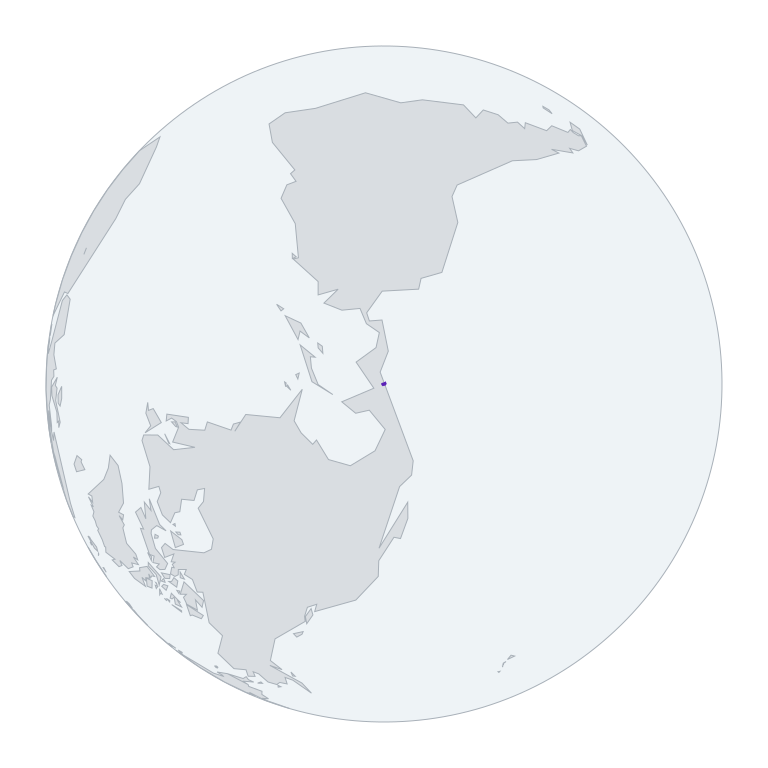 globe centered on Santa Ana, rotated 230°
{"feature_id": "SLV-1358", "entity_name": "Santa Ana", "entity_type": "Department", "adm_level": 1, "iso_a3": "SLV", "parent_name": "El Salvador", "parent_adm1": "", "projection": "orthographic", "projection_center": [-89.512, 14.11], "detail": "medium", "context": "on_globe", "style": "filled", "palette": "violet", "viewbox_px": 768, "rotation_deg": 230, "n_neighbors": 0, "source": "natural_earth", "source_scale": "10m", "svg_char_len": 8998}
<svg xmlns="http://www.w3.org/2000/svg" viewBox="0 0 768 768"><g transform="rotate(230 384 384)"><circle cx="384" cy="384" r="338" fill="#eef3f6" stroke="#a8b0b8"/><path d="M449.7,416.5L441.7,413.3L434.3,423.6L406.4,408.4L395.6,388.7L306.4,357.0L296.5,346.6L295.4,330.0L261.4,274.6L278.2,326.2L265.7,315.9L255.0,297.3L260.2,293.1L252.0,266.4L240.3,255.9L236.6,223.5L254.2,184.6L258.5,190.9L262.2,181.8L257.1,173.8L252.8,171.0L258.8,136.7L245.2,119.2L230.7,122.3L241.8,115.7L207.7,128.9L193.8,129.7L215.7,123.8L222.8,119.6L216.5,117.0L222.4,112.3L222.7,108.7L230.3,103.6L242.5,101.7L247.7,98.8L242.9,97.3L247.5,92.1L253.8,94.6L262.4,86.1L284.5,83.7L295.0,98.5L313.5,96.6L340.9,111.4L344.7,107.2L357.4,111.6L366.5,108.7L369.0,113.3L374.1,107.2L370.1,103.7L371.0,100.1L375.9,98.5L380.0,103.6L378.1,105.2L381.9,105.9L381.8,109.4L384.6,106.7L388.9,113.8L392.1,104.5L401.7,108.4L402.6,113.8L392.8,116.0L370.4,137.6L368.3,145.6L375.1,153.6L408.3,161.8L410.0,170.2L419.3,179.4L422.9,173.0L416.9,163.6L425.8,154.9L417.4,145.5L419.8,141.0L415.0,131.3L426.2,130.1L439.7,134.7L444.2,143.1L450.3,145.7L454.5,136.2L471.1,151.6L496.3,162.3L499.4,167.2L490.3,177.9L468.9,180.6L457.0,198.5L475.4,184.8L482.9,198.9L488.6,200.8L494.4,199.4L495.7,193.4L500.5,198.3L484.2,212.7L479.6,208.4L484.8,203.6L474.7,205.4L463.8,217.0L468.5,224.3L447.0,237.2L450.1,242.9L447.1,249.6L443.7,239.3L449.5,258.5L425.0,282.6L432.5,318.0L413.6,291.5L399.8,289.1L383.6,290.6L384.5,296.3L361.8,292.9L343.0,305.7L338.6,334.2L348.4,355.7L373.4,355.9L379.8,343.5L397.5,340.2L387.3,373.5L418.7,376.7L417.0,401.3L426.4,413.5L441.5,409.3L457.3,414.2L467.6,399.2L484.6,390.0L486.1,409.8L494.6,390.8L504.8,399.4L538.0,394.8L535.7,399.6L563.9,419.1L592.4,424.5L599.0,437.6L595.8,446.9L605.2,447.6L605.3,453.3L640.8,453.8L657.1,463.1L655.3,482.6L639.2,508.7L619.0,557.0L588.6,577.6L577.0,596.1L546.7,624.3L528.8,625.4L530.1,636.2L516.9,644.5L504.2,646.6L498.8,654.6L489.2,655.9L493.3,660.2L473.5,671.4L474.0,678.5L458.5,686.6L459.2,690.3L454.9,690.6L449.2,692.5L447.3,694.7L436.0,692.0L437.6,682.9L445.2,677.7L439.6,677.2L456.1,663.2L448.5,666.4L457.9,645.1L472.5,625.8L489.4,567.9L483.9,556.6L460.3,544.4L432.3,500.1L441.1,480.3L434.4,471.5L456.3,442.3L449.7,416.5ZM91.6,309.2L93.6,301.5L94.6,307.0L91.6,309.2ZM93.4,296.4L93.0,299.1L93.0,296.8L93.4,296.4ZM92.5,294.5L93.1,295.9L92.1,295.1L92.5,294.5ZM90.9,292.9L91.8,293.4L91.6,293.7L90.9,292.9ZM432.1,330.3L467.8,344.9L448.8,348.5L452.2,345.1L442.8,338.6L425.9,333.2L408.8,338.0L432.1,330.3ZM89.4,288.1L89.2,286.6L90.3,286.4L89.4,288.1ZM445.2,309.5L439.1,308.6L444.9,308.0L445.2,309.5ZM250.0,170.7L256.4,174.3L258.8,183.8L252.8,181.1L250.0,170.7ZM246.2,154.5L250.9,154.2L246.3,162.9L245.0,160.3L246.2,154.5ZM219.1,126.3L223.2,127.6L217.2,128.1L219.1,126.3ZM221.4,109.1L218.4,110.4L219.8,108.1L221.4,109.1ZM409.2,132.8L412.1,132.1L411.5,134.2L409.2,132.8ZM404.4,129.4L401.7,132.4L399.0,131.4L400.8,129.5L404.4,129.4ZM232.8,98.5L236.1,94.9L234.9,98.2L232.8,98.5ZM408.5,126.1L394.7,129.1L390.0,127.3L392.8,119.0L408.5,126.1ZM239.4,92.6L247.2,84.8L241.1,86.7L262.7,77.9L248.9,86.8L248.4,90.3L244.6,90.1L239.4,92.6ZM366.6,103.4L371.1,107.0L362.8,105.7L366.6,103.4ZM361.0,103.6L334.1,106.6L329.9,101.1L339.8,100.8L330.7,95.7L342.0,91.4L349.5,93.3L349.9,97.5L353.9,92.8L361.0,103.6ZM273.4,74.7L277.1,72.9L275.5,74.5L273.4,74.7ZM370.7,98.6L365.6,99.4L361.6,94.6L371.1,92.2L369.3,94.4L370.7,98.6ZM322.8,96.8L321.6,93.2L330.3,88.6L331.0,86.7L341.9,90.9L322.8,96.8ZM372.7,94.7L376.0,91.2L382.4,92.1L375.4,97.6L372.7,94.7ZM356.6,94.5L355.2,92.2L359.1,92.6L356.6,94.5ZM406.9,94.6L400.9,94.9L398.3,92.3L406.9,94.6ZM376.7,89.9L374.5,89.6L372.8,88.8L376.2,86.8L376.7,89.9ZM347.3,87.6L351.2,86.7L343.3,85.6L349.5,82.7L355.6,86.2L355.6,83.5L357.5,82.6L360.4,86.6L347.3,87.6ZM374.5,82.6L384.5,87.0L396.2,86.5L398.8,88.7L379.5,89.2L374.5,82.6ZM366.0,84.5L371.9,83.7L372.1,86.4L368.3,88.7L366.0,84.5ZM351.5,79.6L340.4,83.2L339.4,82.4L351.5,79.6ZM377.9,81.8L375.4,80.9L378.7,81.5L377.9,81.8ZM359.6,79.5L355.8,80.7L354.8,79.7L359.6,79.5ZM373.7,78.1L376.9,79.4L374.4,80.8L373.7,78.1ZM367.2,78.3L366.7,76.7L371.5,80.5L365.6,79.0L367.2,78.3ZM359.3,78.4L357.4,78.2L361.0,78.0L359.3,78.4ZM381.4,72.6L388.0,77.1L382.4,80.0L376.8,75.1L381.4,72.6ZM453.5,697.8L436.3,693.3L446.6,695.2L457.1,691.2L464.9,694.8L453.5,697.8ZM483.0,686.5L493.2,683.4L494.6,684.2L487.9,686.6L483.0,686.5ZM616.6,138.8L614.1,136.7L621.3,143.6L623.6,145.7L630.7,153.0L623.0,146.2L630.6,157.4L654.7,191.3L656.1,198.4L650.7,198.1L627.4,170.7L626.9,158.2L618.6,149.9L606.2,142.7L607.1,140.0L602.0,136.0L600.6,131.7L586.4,118.3L583.1,114.0L565.7,102.5L561.6,99.2L573.1,106.6L579.3,110.1L569.7,101.7L564.4,98.2L553.8,91.9L552.9,91.3L575.3,105.5L596.6,121.3L616.6,138.8ZM549.8,89.6L543.5,86.1L538.6,83.5L549.8,89.6ZM534.3,81.3L538.5,83.8L526.2,78.2L513.0,72.1L510.1,71.3L531.7,81.4L539.3,85.1L544.0,87.0L565.7,99.8L571.6,104.3L553.1,94.5L559.4,100.4L542.3,91.7L494.4,67.3L480.5,61.4L482.2,60.7L494.9,64.8L496.8,65.5L499.0,66.2L534.3,81.3ZM384.2,46.1L366.7,46.8L350.9,47.8L352.7,47.5L384.2,46.1ZM339.5,49.0L327.1,50.9L318.6,52.5L339.5,49.0ZM313.0,53.6L313.8,53.5L302.6,56.2L307.4,55.1L307.7,55.2L280.9,64.5L272.2,67.5L263.4,73.0L264.7,73.1L270.7,71.0L262.7,77.9L241.1,86.7L239.3,86.0L227.0,93.0L224.7,90.9L217.1,93.2L221.7,88.5L215.3,91.6L211.2,94.1L199.4,101.1L196.3,103.0L218.3,89.5L234.3,82.7L228.2,84.5L235.0,81.2L236.1,80.3L232.2,82.1L258.3,70.3L285.3,60.8L313.0,53.6ZM719.9,346.7L717.3,371.2L711.9,362.1L694.6,325.4L691.7,304.6L683.1,284.8L656.5,200.0L659.9,198.4L649.3,174.9L649.6,175.1L656.4,184.0L670.6,204.9L683.1,226.8L694.0,249.5L703.2,273.0L710.6,297.1L716.1,321.7L719.9,346.7ZM676.2,237.4L679.5,243.4L679.5,243.5L676.2,237.4ZM539.0,394.4L543.1,397.7L537.9,398.5L539.0,394.4ZM446.8,356.9L454.0,356.8L458.0,359.6L452.6,361.0L446.8,356.9ZM506.2,352.1L514.1,353.0L506.1,355.5L506.2,352.1ZM473.3,346.7L499.8,352.2L484.1,359.5L467.3,356.4L478.5,353.7L473.3,346.7ZM443.2,321.2L447.9,322.4L446.9,326.1L443.2,321.2ZM449.5,309.2L447.7,309.7L445.1,306.9L449.5,309.2ZM483.9,198.0L485.3,197.1L491.5,196.9L489.3,199.6L483.9,198.0ZM514.7,182.8L521.8,191.2L515.2,186.6L513.5,191.4L497.6,188.6L500.2,169.6L501.9,178.4L514.7,182.8ZM477.0,181.0L486.9,184.0L476.0,181.5L477.0,181.0ZM575.3,121.7L578.8,122.1L585.3,127.4L589.4,135.6L580.1,127.8L575.3,121.7ZM582.3,121.8L562.9,111.4L559.6,106.8L564.7,111.0L564.5,108.9L572.7,115.3L588.5,122.1L595.3,127.4L599.2,138.1L594.2,131.3L591.0,130.9L582.3,121.8ZM519.1,101.9L510.7,99.8L514.4,92.1L521.9,95.1L526.5,102.8L520.3,103.8L519.1,101.9ZM416.0,112.0L412.5,113.4L411.4,111.7L413.4,109.1L416.0,112.0ZM404.3,94.9L430.0,104.7L427.4,106.6L445.6,111.3L445.7,118.4L433.8,114.9L447.6,124.5L436.9,124.2L447.0,130.4L420.6,121.8L411.6,122.7L421.6,118.9L421.8,112.1L419.2,109.5L405.0,103.2L385.6,102.9L382.8,97.0L385.8,93.1L390.1,92.2L390.6,96.1L395.8,92.2L399.9,97.3L404.3,94.9ZM423.9,62.7L422.7,65.3L433.9,62.8L438.0,66.0L439.0,65.5L445.9,68.1L456.0,70.7L456.4,72.3L460.1,72.7L464.7,74.8L470.0,76.1L472.6,79.7L479.3,81.8L476.7,82.4L487.6,85.1L480.7,84.8L486.0,88.2L489.9,86.7L491.0,108.0L496.8,118.8L505.5,128.4L492.5,127.9L476.2,119.3L460.2,107.9L456.4,98.3L451.2,100.4L447.9,96.6L453.4,96.5L443.0,94.5L441.7,91.5L427.4,84.4L413.2,84.5L407.6,82.3L412.6,80.8L403.5,79.8L409.1,75.7L405.2,74.3L406.9,69.4L418.6,68.2L413.4,66.7L414.4,63.6L423.9,62.7ZM382.3,71.2L395.4,67.9L404.1,68.3L397.7,76.8L400.4,78.7L396.6,85.2L384.0,84.6L386.3,82.7L385.5,80.8L389.8,81.7L385.8,79.6L388.8,77.1L386.6,74.9L391.5,74.3L382.3,71.2ZM636.9,160.9L635.3,158.7L642.6,166.8L643.5,168.2L636.9,160.9ZM628.1,151.1L634.6,158.0L631.6,155.1L628.1,151.1ZM570.9,104.6L568.4,102.5L570.6,103.7L574.8,106.7L570.9,104.6ZM457.9,59.5L455.9,60.1L453.6,59.5L443.8,59.0L440.0,57.2L444.4,56.7L457.9,59.5ZM452.1,57.4L448.5,57.3L448.8,56.5L452.1,57.4ZM436.7,55.9L436.0,54.8L438.4,56.9L436.7,55.9ZM449.3,52.5L433.7,49.9L414.5,47.6L432.4,49.6L438.7,50.5L449.3,52.5ZM373.0,46.5L371.4,47.0L367.0,47.0L366.8,46.9L373.0,46.5ZM375.7,46.6L383.3,47.1L379.1,47.6L373.9,47.1L375.7,46.6ZM418.3,50.2L423.9,50.8L423.5,51.3L418.3,50.2ZM274.6,73.1L276.9,73.0L273.1,74.2L274.6,73.1ZM310.6,54.6L310.4,55.0L305.9,56.0L310.6,54.6ZM307.4,56.7L312.6,55.3L308.5,56.8L307.4,56.7ZM324.0,52.4L315.3,54.7L321.7,52.6L324.0,52.4Z" fill="#d9dde1" stroke="#a8b0b8" stroke-width="1"/><path d="M382.7,384.4L382.6,384.2L382.9,383.8L383.0,383.6L383.3,383.5L383.9,383.3L383.9,383.2L383.8,382.9L383.7,382.9L383.5,382.7L383.6,382.4L383.7,382.2L383.8,382.2L383.8,382.3L384.1,382.2L384.3,382.2L384.5,382.2L384.9,382.2L385.2,382.4L385.2,382.5L385.3,382.6L385.5,382.7L385.4,383.0L385.2,383.2L385.2,383.4L385.2,383.5L384.9,383.7L384.8,383.8L384.7,383.8L384.5,384.2L384.5,384.4L384.8,384.4L384.7,384.7L384.7,384.8L384.7,385.0L384.5,385.3L384.4,385.5L384.3,385.8L384.3,386.0L384.0,385.9L383.9,385.8L383.8,385.7L383.7,385.6L383.5,385.8L383.4,385.8L383.4,385.7L383.3,385.4L383.2,385.4L383.1,385.2L382.9,385.2L382.9,384.8L382.9,384.7L382.7,384.4L382.7,384.4Z" fill="#8b5cf6" stroke="#5b21b6" stroke-width="1.5"/></g></svg>